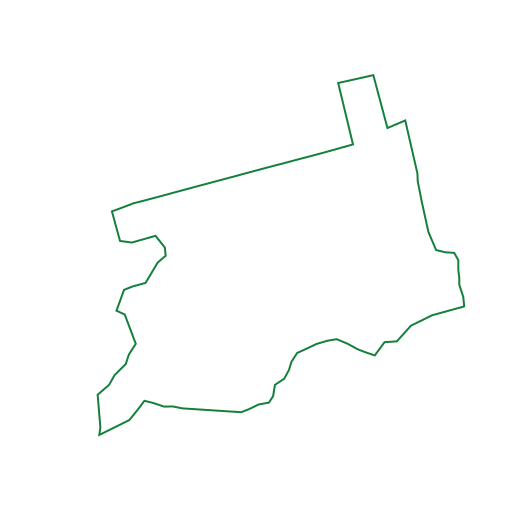 outline of Brochier, Rio Grande do Sul, Brazil, rotated 76°
{"feature_id": "56859067B84298385031191", "entity_name": "Brochier", "entity_type": "district", "adm_level": 2, "iso_a3": "BRA", "parent_name": "Brazil", "parent_adm1": "Rio Grande do Sul", "projection": "orthographic", "projection_center": [-51.611, -29.544], "detail": "fine", "context": "isolated", "style": "outline", "palette": "green", "viewbox_px": 512, "rotation_deg": 76, "n_neighbors": 0, "source": "geoboundaries", "source_scale": "gbopen_adm2", "svg_char_len": 1034}
<svg xmlns="http://www.w3.org/2000/svg" viewBox="0 0 512 512"><g transform="rotate(76 256 256)"><path d="M326.2,64.0L318.6,63.1L309.0,60.7L300.9,62.9L298.2,71.4L293.8,79.8L274.5,82.9L242.9,82.0L222.6,81.0L215.0,79.4L187.1,78.9L160.6,78.4L163.6,97.5L108.9,98.4L108.0,134.4L171.2,134.9L172.1,166.7L172.9,224.9L174.2,299.2L175.2,351.7L175.2,361.9L177.9,385.0L208.5,384.3L212.9,373.2L212.1,348.6L225.8,342.4L233.9,343.6L238.5,352.9L255.4,369.7L255.7,383.3L256.9,392.2L275.3,404.6L281.1,397.5L312.1,393.9L320.9,403.2L329.3,408.5L337.4,422.1L345.4,429.6L352.3,443.2L384.8,448.5L391.7,451.3L384.5,418.5L376.3,407.7L369.5,399.3L373.8,391.2L379.9,381.6L381.8,373.2L386.0,364.4L404.0,308.1L402.9,299.7L400.7,289.4L401.4,278.9L396.1,273.3L385.6,268.8L381.9,258.3L374.6,251.6L367.2,247.2L360.1,239.6L358.1,229.1L356.0,218.7L355.5,207.5L356.2,197.9L363.1,188.6L371.1,179.9L375.8,173.2L381.2,164.8L370.7,152.1L372.9,140.0L361.1,122.5L356.1,99.5L355.3,66.2L345.8,64.8L333.1,65.7L326.2,64.0Z" fill="none" stroke="#15803d" stroke-width="2"/></g></svg>